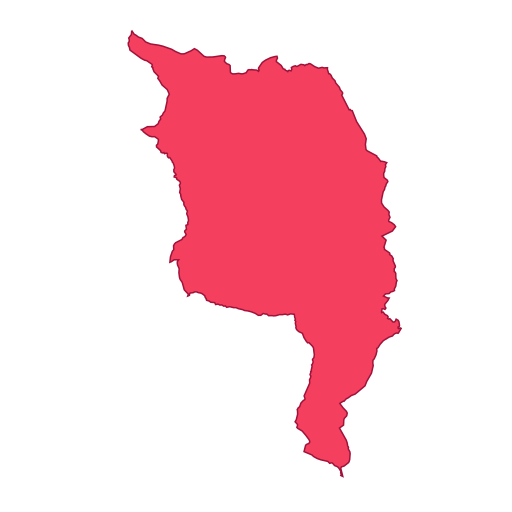 San Miguel, Bolivar, Ecuador, rotated 97°
{"feature_id": "8360857B61039226108204", "entity_name": "San Miguel", "entity_type": "district", "adm_level": 2, "iso_a3": "ECU", "parent_name": "Ecuador", "parent_adm1": "Bolivar", "projection": "robinson", "projection_center": [-79.097, -1.812], "detail": "fine", "context": "isolated", "style": "filled", "palette": "rose", "viewbox_px": 512, "rotation_deg": 97, "n_neighbors": 0, "source": "geoboundaries", "source_scale": "gbopen_adm2", "svg_char_len": 6050}
<svg xmlns="http://www.w3.org/2000/svg" viewBox="0 0 512 512"><g transform="rotate(97 256 256)"><path d="M48.2,406.8L51.4,406.7L55.2,408.9L56.7,408.2L58.6,408.0L60.1,408.8L62.5,408.3L64.3,407.1L67.0,406.2L73.8,394.1L75.2,390.5L75.5,388.2L78.4,382.6L79.2,382.2L80.9,382.6L81.6,381.3L82.7,381.2L85.6,379.6L89.5,374.7L91.7,375.1L93.8,373.0L97.7,370.1L101.6,364.4L105.9,361.8L110.3,363.4L113.2,363.1L123.1,364.0L125.5,365.5L127.4,366.0L129.8,368.1L131.7,367.3L134.1,368.7L136.6,369.2L139.8,372.4L140.9,379.6L144.2,384.2L144.5,385.9L145.1,384.1L146.3,383.0L148.1,380.2L150.0,376.4L150.3,373.8L149.9,371.2L151.6,367.8L152.5,367.0L154.9,367.0L157.0,367.2L158.2,368.3L159.9,368.0L163.0,363.6L164.8,362.8L165.1,360.8L164.5,360.0L165.6,359.2L164.9,357.7L164.9,356.8L165.5,356.4L167.3,356.3L168.4,355.7L169.2,354.7L168.8,353.6L172.0,350.8L173.0,350.5L173.5,349.7L176.0,348.4L177.9,347.7L179.0,347.6L180.2,348.1L182.4,347.8L184.7,345.3L185.6,345.4L186.0,346.7L187.5,346.9L188.1,344.4L189.5,343.9L191.2,340.8L192.2,340.1L193.2,339.9L195.0,340.7L198.4,339.3L202.3,339.5L204.1,338.2L205.5,338.0L208.9,336.7L211.5,334.1L213.2,334.0L214.6,333.4L216.5,331.7L218.3,331.0L219.5,329.6L222.6,329.9L225.2,328.4L228.9,327.3L231.1,327.8L233.1,327.5L234.1,329.3L238.0,328.3L239.4,329.6L240.7,329.8L243.0,328.0L243.9,328.2L245.4,329.0L246.6,330.7L248.7,331.6L252.5,337.3L254.0,338.4L255.9,339.1L259.7,338.4L261.5,339.6L267.2,340.8L272.7,340.7L272.0,339.4L269.7,336.7L269.2,332.3L271.1,333.4L272.7,333.3L274.4,332.8L278.0,330.7L281.9,330.5L286.7,329.3L288.5,328.4L291.2,326.0L298.3,323.1L302.2,318.5L304.1,318.9L303.2,317.3L301.4,317.2L300.7,316.7L300.1,313.9L299.0,312.3L298.9,310.2L299.4,308.9L299.5,306.5L300.1,304.6L301.7,302.0L303.4,301.3L304.5,300.1L305.5,300.0L306.0,299.5L306.4,297.1L307.4,295.3L307.3,291.3L309.1,290.2L308.4,287.9L309.1,285.8L308.7,284.0L309.7,282.0L309.3,280.3L310.5,278.9L309.5,275.9L310.0,271.9L309.7,269.4L310.4,267.3L310.9,262.5L311.5,260.8L311.5,257.4L312.0,253.7L313.0,249.8L314.6,246.5L314.3,244.0L312.2,241.9L312.5,239.3L312.3,238.2L313.7,236.2L313.2,232.7L313.3,231.2L312.8,228.9L311.3,225.5L311.0,222.5L310.1,220.0L310.6,217.4L309.2,214.6L309.2,210.9L312.2,210.1L313.8,209.2L315.0,209.6L316.2,208.6L317.9,208.8L321.2,207.6L322.4,207.7L324.1,206.7L325.8,204.4L327.1,200.5L331.2,198.4L334.4,195.8L335.9,194.2L335.6,193.0L335.9,192.4L339.0,188.6L340.5,187.7L346.9,186.1L349.7,186.1L351.5,187.2L352.3,187.3L353.3,186.6L354.6,186.4L356.8,187.0L357.3,187.5L358.6,186.9L362.9,187.3L363.5,187.0L364.0,187.6L365.0,187.4L366.8,187.9L367.4,187.8L368.5,186.9L370.4,187.1L372.2,187.8L375.6,187.2L389.0,191.2L391.5,190.0L392.2,190.0L392.8,190.3L393.6,191.4L396.5,193.5L400.2,194.3L401.6,195.6L403.6,196.4L404.3,196.0L407.9,195.4L413.7,196.1L415.8,197.0L418.1,194.3L419.6,194.2L421.1,194.6L422.0,193.6L424.1,188.8L427.9,184.7L431.8,181.0L433.3,180.1L434.2,180.0L435.7,180.8L436.7,182.7L437.8,183.7L444.3,184.5L446.6,176.3L448.0,174.4L449.6,170.4L450.4,166.7L451.1,159.7L452.8,157.6L452.0,155.7L452.3,154.8L454.4,152.5L455.1,149.9L455.9,148.4L459.4,145.5L461.0,145.5L462.3,144.8L463.5,145.1L464.2,143.0L456.4,146.0L454.9,145.5L453.7,142.9L449.8,139.0L448.9,138.6L446.8,138.2L440.6,138.5L438.9,139.0L436.2,140.9L434.6,140.9L433.3,141.9L430.7,142.6L427.9,143.9L416.6,152.2L413.2,148.5L407.6,148.9L406.2,148.4L403.6,146.5L400.8,146.3L399.2,147.3L395.9,151.3L392.1,154.9L389.4,151.6L389.5,151.0L386.7,149.0L385.6,147.3L382.8,144.3L381.0,140.8L371.6,132.0L367.0,130.8L358.2,127.1L350.5,126.3L348.1,127.0L345.2,127.2L343.8,126.2L339.7,124.9L335.7,124.4L333.1,124.9L332.2,123.8L328.6,122.1L324.4,119.2L320.2,113.9L318.7,110.7L317.1,109.8L315.8,108.2L315.3,107.0L315.4,105.6L315.1,105.3L310.2,103.1L309.8,103.7L310.7,105.6L310.4,106.1L309.2,106.3L308.7,105.3L307.3,105.1L303.9,106.1L302.5,107.1L301.6,109.2L304.0,109.9L304.7,110.9L304.8,112.0L301.9,115.5L302.4,116.7L301.9,117.8L300.4,117.4L299.2,118.3L298.2,120.9L296.1,123.1L296.8,124.4L296.2,124.6L293.1,124.4L292.8,123.2L293.3,121.5L291.8,120.7L291.2,121.5L289.0,122.3L288.1,122.2L284.1,119.7L281.5,118.7L281.6,120.4L280.2,124.6L277.8,122.8L277.1,119.4L275.2,117.8L274.6,116.1L273.4,114.3L271.9,114.7L268.9,113.6L264.6,113.5L263.3,113.0L261.3,114.4L256.1,115.2L254.9,116.1L254.6,116.9L251.8,117.2L250.1,116.4L249.1,116.4L244.4,119.2L243.0,119.6L242.0,119.4L239.4,121.3L238.2,123.6L237.0,123.5L236.6,123.9L233.8,129.3L232.4,129.5L231.8,130.1L224.4,128.8L220.9,133.4L214.6,123.7L209.9,121.0L208.1,122.6L206.4,125.5L205.5,128.4L204.0,128.7L201.3,127.7L198.5,129.2L196.2,129.1L194.6,130.7L191.7,134.9L188.2,137.8L184.9,138.3L176.8,137.6L174.1,136.5L172.0,136.4L170.9,135.8L168.6,135.5L166.2,134.2L164.8,134.8L162.5,138.5L159.9,139.2L158.0,139.3L156.4,138.6L153.4,138.7L151.5,138.0L149.7,138.7L147.4,137.6L146.8,140.2L146.6,143.0L146.9,143.7L143.8,146.7L143.3,147.7L141.9,148.4L138.0,158.5L136.9,159.8L131.9,161.0L126.2,160.9L121.8,163.2L110.4,172.5L100.0,178.2L100.1,179.3L99.1,180.4L99.6,181.3L85.9,190.5L84.3,189.8L83.1,190.1L80.8,192.6L78.4,193.8L74.5,198.0L72.5,198.9L70.0,202.0L67.5,203.5L66.2,205.0L66.2,206.0L62.0,207.9L60.4,208.0L61.0,211.3L60.7,213.4L62.0,216.8L60.9,220.8L58.7,225.2L58.5,226.8L59.7,228.3L59.8,229.5L61.1,230.7L60.4,231.7L60.3,234.8L62.8,238.2L62.9,238.9L62.4,240.1L63.3,242.2L64.6,243.9L66.4,243.2L68.0,243.8L67.6,245.8L68.1,246.5L69.1,246.9L68.5,247.8L68.1,249.5L67.2,250.0L66.9,251.8L63.8,254.2L60.6,259.5L59.3,259.6L57.0,258.8L55.2,259.5L55.7,261.5L57.4,265.7L60.3,270.2L62.3,272.5L63.4,273.5L68.9,276.3L69.9,276.3L71.2,275.6L72.4,276.0L71.4,277.9L71.6,282.2L71.4,283.0L71.8,283.5L71.9,285.8L72.4,286.7L75.3,288.1L76.7,291.1L77.0,292.6L76.8,295.5L77.7,298.7L78.1,301.3L77.6,302.9L76.7,303.8L70.1,304.9L69.2,306.2L68.7,308.5L66.7,311.1L64.0,310.9L62.9,310.4L62.1,310.7L61.2,312.0L61.3,314.3L63.7,323.0L64.6,329.3L64.1,332.0L58.9,339.3L57.7,342.4L60.2,345.4L64.0,351.7L64.5,354.3L64.3,355.9L62.9,360.7L61.1,364.9L59.1,374.0L58.6,378.3L58.4,386.5L57.0,391.6L53.9,395.5L53.0,399.4L51.4,402.1L50.8,403.9L47.8,406.5L48.2,406.8Z" fill="#f43f5e" stroke="#9f1239" stroke-width="1.5"/></g></svg>